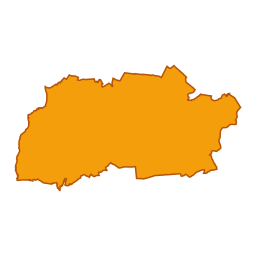 Targu Carbunesti, Gorj, Romania
{"feature_id": "2599482B79370866887971", "entity_name": "Targu Carbunesti", "entity_type": "district", "adm_level": 2, "iso_a3": "ROU", "parent_name": "Romania", "parent_adm1": "Gorj", "projection": "robinson", "projection_center": [23.515, 44.967], "detail": "fine", "context": "isolated", "style": "filled", "palette": "amber", "viewbox_px": 256, "rotation_deg": 0, "n_neighbors": 0, "source": "geoboundaries", "source_scale": "gbopen_adm2", "svg_char_len": 5709}
<svg xmlns="http://www.w3.org/2000/svg" viewBox="0 0 256 256"><path d="M90.5,175.6L90.6,174.8L91.3,174.3L93.5,176.5L94.8,176.4L96.5,175.5L97.0,175.6L97.9,175.3L99.1,175.4L98.8,174.2L98.9,173.5L98.5,172.5L98.7,172.2L101.0,172.2L102.3,171.0L103.3,170.4L105.0,170.1L106.2,170.6L106.9,170.2L106.7,169.6L106.0,169.1L105.6,167.3L107.8,166.1L108.6,165.1L109.1,164.1L110.2,163.6L110.6,163.1L110.7,162.8L112.9,164.3L113.5,164.3L114.6,164.9L119.0,168.0L121.4,167.7L123.5,166.9L132.6,167.0L133.5,166.7L135.4,166.7L136.6,178.5L142.3,178.7L143.2,179.0L147.2,178.0L154.8,175.6L164.8,174.9L165.9,174.4L166.3,174.8L166.9,174.8L171.8,174.4L172.0,174.2L172.7,174.3L178.8,173.8L180.0,173.9L180.6,174.2L181.1,176.0L181.8,176.1L182.5,176.1L183.9,175.5L185.9,174.3L188.5,176.4L189.5,177.1L189.8,177.0L191.1,176.5L192.1,175.6L192.9,175.5L194.6,173.8L196.8,172.1L202.0,170.0L204.2,169.7L204.2,170.3L204.4,170.5L204.3,172.0L203.5,173.2L205.0,173.4L207.0,172.9L208.0,171.7L209.2,171.6L210.6,170.3L213.0,170.1L215.5,169.6L215.6,169.4L216.8,169.3L216.7,167.2L215.2,165.0L215.0,164.1L214.2,163.3L213.1,161.1L212.6,159.7L211.8,158.5L211.2,155.9L210.4,155.2L209.6,154.9L209.8,154.5L210.5,154.4L211.3,153.8L211.6,152.4L211.5,151.7L212.0,150.9L212.7,150.7L214.3,150.9L216.7,151.4L217.8,150.3L218.5,150.1L219.7,149.2L220.6,148.3L220.8,147.3L220.7,146.7L220.0,144.0L219.4,142.8L218.9,140.5L219.0,139.5L219.6,138.8L220.0,137.8L220.5,130.8L221.8,128.6L222.5,127.9L223.1,127.7L226.1,127.6L227.9,126.7L229.4,124.9L231.6,124.3L234.3,124.5L236.0,124.3L235.9,123.8L236.4,122.4L236.2,121.0L235.8,120.1L235.8,119.7L235.6,119.7L237.0,117.6L237.1,116.2L236.6,112.7L237.5,110.9L240.0,107.9L240.6,107.6L234.6,97.8L229.7,94.7L229.7,93.8L229.0,93.4L227.9,93.8L228.4,94.6L227.5,94.7L227.5,95.1L227.3,95.1L226.6,95.0L226.6,95.4L226.9,96.1L226.4,96.4L224.6,94.1L223.1,94.7L222.3,95.3L221.0,98.3L219.2,98.6L217.6,100.0L214.9,100.7L214.0,100.6L212.4,100.0L211.6,99.3L210.9,97.7L211.4,96.0L201.4,94.5L200.7,94.1L199.8,95.0L199.7,95.8L198.6,95.9L197.6,96.9L197.1,97.0L196.4,97.9L194.8,98.6L194.4,99.4L192.1,99.7L191.2,100.5L191.0,100.4L191.0,100.1L188.8,100.3L188.3,100.1L187.8,100.2L187.5,99.9L188.6,98.7L189.0,97.4L187.9,96.2L187.8,95.0L188.0,94.5L189.1,93.5L192.5,92.7L193.6,92.0L195.1,89.7L193.8,88.7L193.7,88.3L185.9,82.0L185.6,78.3L186.5,77.3L182.1,72.9L181.7,72.7L174.7,66.5L174.0,65.6L170.7,68.3L169.9,68.4L167.6,67.0L167.3,66.8L167.4,66.5L167.0,66.3L161.4,77.5L158.6,76.1L155.0,75.7L153.5,75.3L153.1,75.0L152.0,75.0L150.6,75.6L150.1,75.1L142.8,74.3L142.7,74.6L134.9,73.7L134.9,74.1L124.6,72.8L120.0,80.9L116.1,79.9L114.0,78.6L112.9,78.4L112.9,79.6L112.3,81.5L112.1,82.9L112.2,84.9L112.6,86.3L112.0,86.4L111.1,84.9L109.1,83.2L104.5,86.1L102.5,87.0L101.9,86.2L101.8,84.4L102.8,83.9L100.4,79.7L99.7,79.6L99.4,80.0L98.9,80.0L98.7,80.3L98.9,80.7L98.5,81.0L98.3,81.7L97.6,82.1L97.9,82.3L97.7,82.5L97.1,82.2L97.3,81.5L96.5,81.4L95.7,81.9L94.8,81.5L94.6,80.6L94.7,80.3L94.0,78.8L93.4,79.2L92.2,78.9L91.6,79.2L87.9,79.3L85.4,79.6L84.0,79.2L82.4,79.4L79.3,80.4L77.6,80.0L78.4,77.5L75.4,76.1L72.8,75.9L72.0,76.1L69.3,75.0L66.4,79.3L64.1,77.9L61.4,80.9L61.8,81.3L60.4,82.3L60.1,82.9L59.4,82.1L57.8,83.2L57.4,83.6L57.6,84.5L56.6,84.5L56.2,84.9L55.7,84.4L51.7,87.0L49.9,88.0L46.8,87.6L45.2,86.6L45.2,87.8L45.8,91.1L46.6,92.9L46.9,95.6L46.8,100.1L46.5,102.2L45.7,104.4L45.6,106.0L44.5,106.4L43.3,107.7L42.1,107.9L42.1,108.1L41.7,107.9L41.5,108.2L41.0,108.2L41.1,107.8L40.8,107.8L40.6,108.1L40.1,107.9L39.7,108.3L39.3,108.2L39.2,107.9L38.8,107.9L37.7,108.5L37.9,108.8L37.6,108.7L37.5,108.9L37.3,108.8L37.1,109.4L36.8,109.4L36.9,109.9L36.4,110.0L36.3,110.5L35.6,110.8L35.1,110.6L34.0,110.8L33.9,111.3L33.7,111.4L33.4,111.9L32.2,112.9L31.4,113.1L31.2,113.7L30.2,114.4L28.2,114.7L28.0,115.9L28.3,116.3L28.3,117.3L28.6,117.7L28.3,117.8L28.5,118.0L28.4,118.5L28.1,118.7L28.3,120.1L28.7,121.4L28.9,121.7L28.7,122.0L29.0,122.5L28.7,123.0L28.9,123.9L28.6,124.6L28.8,125.3L28.7,125.4L28.6,126.2L27.8,128.0L25.8,129.6L25.9,129.8L24.9,131.7L20.9,134.8L20.6,135.9L20.1,136.7L20.3,137.1L19.9,138.5L20.1,138.9L19.3,140.1L19.0,141.9L19.1,143.6L18.9,144.0L19.2,145.6L19.0,146.6L19.1,146.9L18.9,147.4L18.8,148.1L19.3,148.8L19.3,149.3L19.6,149.8L19.7,151.0L17.5,155.9L17.1,156.0L16.8,157.8L16.9,159.7L16.7,159.9L17.0,160.2L17.1,161.0L16.5,163.2L15.9,164.4L15.9,165.3L15.6,166.0L15.8,166.3L15.4,166.9L16.1,167.4L16.1,167.8L15.8,168.2L15.8,168.7L15.5,169.1L15.5,169.3L15.9,169.5L15.8,169.9L16.0,170.0L15.6,170.6L16.4,171.8L16.3,172.6L16.7,173.0L16.9,173.9L17.6,174.3L17.3,174.6L17.4,174.9L17.8,175.0L18.0,175.4L17.6,175.7L17.8,176.1L17.5,177.0L17.9,177.0L17.9,177.5L17.4,177.7L17.2,178.2L17.4,178.4L16.9,178.6L17.2,179.1L17.1,180.2L17.6,180.4L22.7,179.9L27.9,180.0L28.5,179.7L29.4,179.7L29.1,180.0L29.2,180.3L30.1,180.3L32.5,180.9L32.4,180.7L32.1,180.5L34.0,179.4L34.3,179.4L34.6,179.8L35.3,180.2L36.6,179.7L37.3,179.1L41.1,181.2L43.3,182.8L51.5,184.1L52.3,183.8L52.2,183.2L53.3,183.3L56.3,182.6L56.8,183.2L56.9,183.9L57.4,184.1L57.4,184.5L57.0,184.7L56.9,185.2L57.0,186.3L57.5,187.2L57.6,188.2L58.2,188.2L58.0,187.6L58.0,187.4L59.4,190.3L59.9,190.4L60.1,189.4L60.1,186.3L61.7,186.5L61.9,185.2L62.6,185.2L62.8,184.3L63.0,184.2L63.4,182.6L63.6,182.3L63.5,181.7L63.9,181.5L64.2,180.0L64.9,178.7L65.1,178.7L65.3,178.5L66.1,178.7L66.5,179.1L66.4,179.8L65.7,180.6L65.8,180.8L65.7,181.3L65.3,181.8L65.6,182.7L65.3,183.3L65.3,184.2L65.0,184.5L65.0,185.0L65.7,185.1L66.1,185.6L67.2,185.7L68.7,185.5L69.5,185.1L69.3,184.4L69.5,183.9L70.3,184.3L70.7,184.2L71.1,183.8L71.7,184.3L72.0,184.0L73.3,182.8L76.8,180.6L78.1,179.2L80.6,177.9L80.6,176.5L80.9,175.9L81.7,175.8L82.8,175.1L84.8,174.6L85.9,175.8L87.8,176.4L89.4,177.3L89.9,175.6L90.5,175.6Z" fill="#f59e0b" stroke="#b45309" stroke-width="1.5"/></svg>